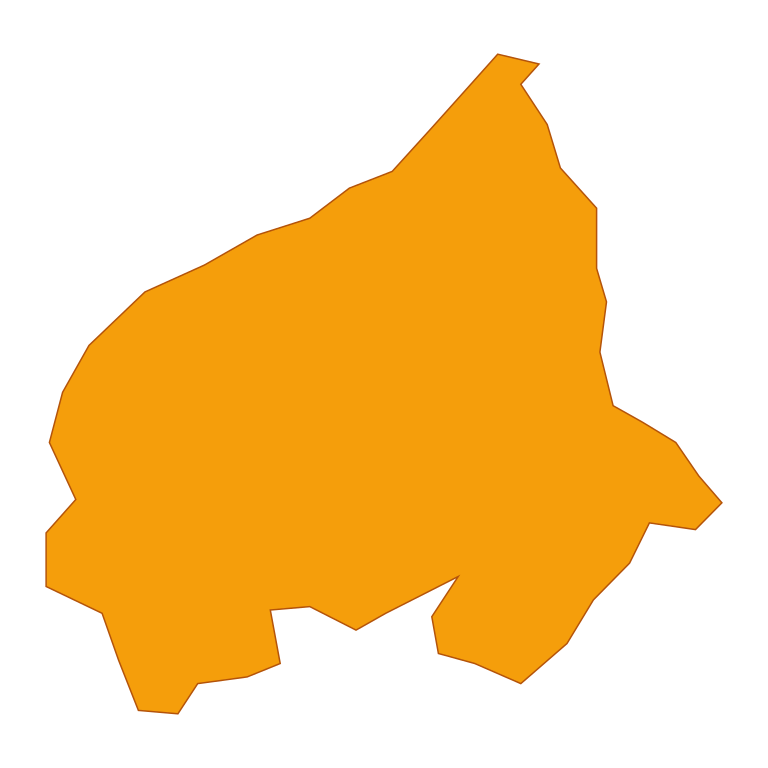 outline of Meniko, Nicosia, Cyprus
{"feature_id": "46923920B66870539370935", "entity_name": "Meniko", "entity_type": "district", "adm_level": 2, "iso_a3": "CYP", "parent_name": "Cyprus", "parent_adm1": "Nicosia", "projection": "natural_earth1", "projection_center": [33.147, 35.101], "detail": "fine", "context": "isolated", "style": "filled", "palette": "amber", "viewbox_px": 768, "rotation_deg": 0, "n_neighbors": 0, "source": "geoboundaries", "source_scale": "gbopen_adm2", "svg_char_len": 721}
<svg xmlns="http://www.w3.org/2000/svg" viewBox="0 0 768 768"><path d="M539.0,64.0L497.7,54.2L464.8,91.0L431.8,127.8L392.2,171.4L349.4,188.1L309.8,218.2L257.1,235.0L204.3,265.1L145.0,291.9L89.0,345.4L62.6,392.3L49.4,442.5L75.8,499.5L46.1,532.9L46.1,586.5L102.1,613.3L118.6,660.2L138.4,710.4L177.9,713.8L197.7,683.6L247.2,676.9L280.2,663.5L270.3,610.0L309.8,606.6L356.0,630.1L385.7,613.3L458.2,576.5L431.8,616.7L438.4,653.5L474.7,663.5L520.8,683.6L567.0,643.5L593.4,599.9L629.6,563.1L649.4,522.9L695.5,529.6L721.9,502.8L698.8,476.0L675.8,442.5L642.8,422.4L613.1,405.7L599.9,352.1L606.5,301.9L596.6,268.4L596.6,208.2L560.4,168.0L547.2,124.5L520.8,84.3L539.0,64.0Z" fill="#f59e0b" stroke="#b45309" stroke-width="1.5"/></svg>